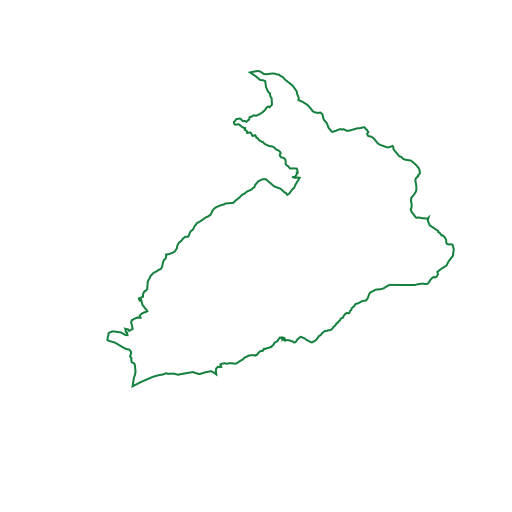 outline of Salasu De Sus, Hunedoara, Romania, rotated 227°
{"feature_id": "2599482B95724564530816", "entity_name": "Salasu De Sus", "entity_type": "district", "adm_level": 2, "iso_a3": "ROU", "parent_name": "Romania", "parent_adm1": "Hunedoara", "projection": "orthographic", "projection_center": [22.966, 45.458], "detail": "fine", "context": "isolated", "style": "outline", "palette": "green", "viewbox_px": 512, "rotation_deg": 227, "n_neighbors": 0, "source": "geoboundaries", "source_scale": "gbopen_adm2", "svg_char_len": 6142}
<svg xmlns="http://www.w3.org/2000/svg" viewBox="0 0 512 512"><g transform="rotate(227 256 256)"><path d="M199.4,148.3L200.9,150.2L200.8,152.2L201.0,152.4L198.6,154.9L201.0,156.0L200.4,157.7L198.8,160.1L196.9,161.4L195.7,163.5L193.5,165.7L192.4,166.3L191.3,167.5L190.8,168.5L190.0,173.1L189.3,175.7L189.5,178.1L188.4,181.3L188.4,182.5L188.0,182.6L187.0,184.5L185.2,186.5L183.8,187.2L183.8,188.3L183.0,189.0L183.5,191.7L183.5,193.6L183.2,194.9L182.1,196.0L182.0,196.4L182.4,196.9L182.4,197.7L182.7,198.6L181.7,199.4L181.0,201.4L180.2,202.6L179.5,204.5L179.0,205.3L179.3,206.4L179.1,208.5L179.8,209.6L179.8,210.2L179.5,212.7L179.0,213.7L179.7,215.1L179.7,216.1L180.1,217.8L179.3,218.5L178.9,219.3L178.3,219.0L178.1,218.4L177.6,218.4L177.9,220.0L177.0,220.7L176.3,218.7L175.8,220.0L175.4,220.3L174.8,219.5L174.3,219.4L173.5,221.1L172.1,222.5L168.2,224.7L166.8,224.8L166.3,225.6L166.1,226.7L166.8,229.7L166.5,233.5L162.9,235.3L160.3,235.7L155.1,237.6L154.6,238.0L154.4,239.4L153.8,240.7L153.6,243.1L154.5,247.2L154.0,249.3L154.5,251.9L154.4,253.3L154.0,255.6L152.9,256.7L152.6,257.8L151.2,259.7L150.7,261.5L151.3,264.7L151.1,266.5L151.8,269.0L151.4,270.3L151.8,271.6L151.6,273.3L152.3,274.8L152.1,276.5L151.6,277.6L152.3,278.9L152.8,281.9L152.4,282.9L152.5,283.5L151.2,284.4L150.7,285.2L151.7,287.6L151.6,288.4L152.5,290.7L152.4,293.9L153.0,296.2L151.7,298.5L150.7,302.5L149.7,304.4L148.4,306.1L148.9,308.9L150.7,312.3L151.4,314.3L151.1,315.9L150.7,316.7L149.8,320.4L148.9,321.8L146.8,324.3L145.3,327.3L144.7,330.7L143.8,333.9L126.5,352.3L124.8,355.4L122.4,358.7L119.2,361.5L118.7,362.8L118.9,364.9L119.5,366.5L119.8,369.9L119.3,371.8L118.2,372.2L117.7,373.9L118.6,376.7L120.7,377.9L120.2,383.2L119.1,388.7L120.8,393.4L121.8,399.9L125.8,405.0L129.5,407.2L130.4,407.3L131.4,406.8L133.1,404.7L134.4,404.0L136.0,404.2L138.1,406.1L141.5,406.9L143.9,406.5L144.5,405.8L147.8,406.1L149.2,405.6L150.0,406.3L159.9,404.0L163.4,405.2L165.0,406.1L166.4,408.4L166.4,406.9L170.5,403.2L173.2,401.3L174.3,399.6L175.1,399.2L182.4,399.9L184.5,401.0L185.3,402.6L186.9,404.5L190.9,407.2L192.7,409.3L193.2,413.6L194.0,416.7L195.2,418.6L197.9,421.0L202.8,424.2L203.9,426.3L203.7,428.3L203.8,429.1L204.4,429.3L204.6,432.1L205.2,432.8L207.8,434.4L209.4,435.0L214.7,435.1L220.1,434.4L225.0,430.6L227.1,429.8L229.3,429.9L231.2,428.8L239.8,429.3L240.7,429.6L241.8,430.5L243.3,431.0L244.7,427.7L246.1,425.9L253.1,422.4L255.1,421.9L262.1,422.3L264.4,421.8L267.3,419.9L268.2,420.0L269.5,420.5L270.0,422.7L270.8,422.6L272.6,423.2L274.1,422.9L276.0,423.2L276.9,422.3L278.6,419.1L280.2,417.3L283.4,411.0L285.4,407.9L289.1,406.5L289.8,405.0L291.2,404.4L292.6,401.3L293.2,399.3L294.0,398.2L294.2,397.1L295.3,396.2L300.3,396.5L304.6,398.3L309.5,398.6L311.5,399.5L313.3,400.8L314.6,401.2L317.1,400.9L318.4,398.8L321.5,396.7L323.3,396.2L326.1,396.6L331.2,396.7L336.9,395.2L341.1,393.4L342.1,394.7L343.2,395.4L347.2,396.9L348.2,397.9L349.7,398.2L355.4,399.0L364.7,397.6L368.7,397.6L371.3,396.6L372.7,396.6L375.0,394.8L376.8,393.9L378.7,392.0L381.2,388.3L383.7,385.9L387.8,385.0L390.1,383.5L392.3,380.2L394.3,376.8L387.6,378.4L381.9,379.1L379.6,381.1L377.5,382.0L372.7,378.5L367.5,376.8L365.6,377.1L362.8,375.3L360.7,375.0L355.8,370.9L355.6,369.7L355.8,369.0L355.5,367.4L357.0,366.8L357.3,366.1L357.2,365.4L357.3,364.3L356.6,362.7L356.7,361.5L356.5,361.0L356.7,360.3L356.6,358.4L357.0,357.3L357.1,355.6L358.6,351.7L360.6,350.1L360.6,349.2L360.8,348.0L361.9,346.4L361.8,345.9L360.4,343.9L360.8,342.2L360.6,340.6L362.5,339.7L363.7,338.4L367.1,338.2L367.8,337.8L368.3,336.6L369.3,335.5L369.5,334.6L369.1,333.4L369.1,331.4L367.8,330.3L366.8,330.2L365.5,331.1L364.7,332.2L364.5,333.0L363.8,333.3L360.0,333.8L357.9,334.5L356.9,335.3L356.0,333.9L353.8,334.5L352.9,334.2L352.5,333.5L352.1,333.4L351.6,333.8L351.0,335.2L349.8,336.3L346.3,335.3L345.9,335.5L345.6,336.5L345.2,336.8L345.1,337.7L344.7,337.8L343.5,337.6L342.2,336.9L341.3,337.6L338.5,337.2L336.0,338.0L334.5,338.8L332.4,338.7L327.8,340.4L324.5,342.9L322.3,343.4L320.8,343.2L317.7,344.5L315.7,344.6L314.4,344.2L314.2,344.0L314.0,342.5L312.4,341.7L311.0,341.7L308.6,343.2L306.7,343.3L305.2,342.5L303.1,340.4L301.7,340.3L299.6,340.7L296.7,340.6L294.7,343.0L292.1,345.4L289.1,343.9L288.5,343.2L289.0,342.7L288.3,342.4L287.3,338.9L288.3,337.1L289.2,336.3L286.4,337.9L284.9,340.1L283.4,341.3L281.2,333.3L279.7,330.0L280.0,329.3L280.0,328.3L279.0,322.7L279.5,320.5L281.3,320.9L283.6,320.2L288.2,319.9L294.5,316.8L305.6,315.5L307.6,313.2L309.1,308.9L308.6,304.2L308.2,303.0L307.4,301.9L307.8,300.1L307.7,298.2L309.3,293.2L309.5,289.8L310.2,288.0L310.2,285.4L310.0,283.9L310.5,278.8L310.3,275.7L315.1,269.6L315.5,268.8L315.6,267.4L316.8,265.6L318.5,261.2L319.2,258.2L319.0,255.5L317.0,250.5L317.4,249.8L317.7,247.3L318.3,246.5L319.4,238.7L320.4,234.7L319.8,233.7L319.9,232.1L318.3,227.8L318.6,225.1L318.2,223.7L316.3,219.6L318.3,217.3L318.4,216.6L318.5,213.7L318.2,212.9L318.0,210.7L318.3,208.5L317.1,205.3L315.6,203.5L314.7,199.8L315.4,196.6L316.1,195.4L316.5,194.0L318.4,191.2L317.3,190.5L316.4,189.2L315.7,187.7L315.9,186.2L314.7,183.5L312.2,180.0L311.6,178.6L311.5,177.3L312.2,175.5L312.6,172.8L313.5,169.8L313.5,168.0L313.2,164.7L312.4,163.5L311.3,159.6L305.9,153.8L305.8,151.0L306.2,150.7L306.1,149.6L305.6,148.8L305.4,147.6L303.3,145.6L304.8,141.3L302.7,140.5L302.3,142.1L297.6,139.6L289.8,139.0L290.2,137.2L291.2,135.2L291.7,133.4L291.8,130.8L291.5,130.0L289.6,129.5L291.4,127.4L291.9,127.4L293.2,123.8L293.4,122.1L293.8,121.6L292.9,119.8L292.4,119.3L286.8,116.1L287.8,112.1L290.0,112.3L291.0,111.1L291.9,110.7L290.0,109.7L289.4,109.0L288.1,109.5L285.8,108.0L287.4,106.6L292.2,105.1L298.5,100.0L299.9,96.7L299.9,95.3L298.8,94.1L297.6,92.0L295.8,90.0L293.4,91.0L289.0,93.7L278.9,96.7L276.5,97.7L273.9,99.5L271.1,99.2L269.8,97.9L268.3,95.3L266.1,95.2L265.1,93.9L263.1,92.6L261.2,93.5L259.4,93.4L254.0,89.4L252.1,87.2L250.0,83.4L244.9,76.9L242.3,86.0L237.9,98.3L235.2,103.5L233.0,106.8L231.4,110.5L229.7,111.3L228.2,113.3L225.9,115.7L222.1,118.2L221.1,120.1L214.1,130.8L211.6,131.9L209.9,133.2L209.1,133.3L208.0,134.4L205.7,139.3L202.4,144.6L200.3,145.4L196.4,146.2L199.4,148.3Z" fill="none" stroke="#15803d" stroke-width="2"/></g></svg>